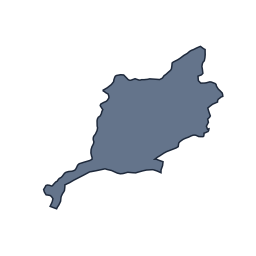 Zakho, Dihok, Iraq (Mercator projection), rotated 340°
{"feature_id": "34846034B3570372403108", "entity_name": "Zakho", "entity_type": "district", "adm_level": 2, "iso_a3": "IRQ", "parent_name": "Iraq", "parent_adm1": "Dihok", "projection": "mercator", "projection_center": [42.817, 37.203], "detail": "fine", "context": "isolated", "style": "filled", "palette": "slate", "viewbox_px": 256, "rotation_deg": 340, "n_neighbors": 0, "source": "geoboundaries", "source_scale": "gbopen_adm2", "svg_char_len": 2897}
<svg xmlns="http://www.w3.org/2000/svg" viewBox="0 0 256 256"><g transform="rotate(340 128 128)"><path d="M227.3,80.6L226.1,79.3L224.0,76.1L222.8,76.1L219.5,76.3L216.4,76.7L214.3,76.7L212.0,77.1L209.2,78.2L205.2,78.9L201.1,80.2L198.1,80.9L193.1,81.5L191.7,82.0L190.5,84.6L189.1,87.2L187.8,88.3L184.9,89.4L182.3,90.5L180.5,91.0L179.9,91.1L177.4,92.9L174.3,93.3L171.9,92.2L165.1,89.2L163.2,89.0L159.7,88.1L157.2,87.2L156.0,87.2L154.8,86.8L151.5,84.1L150.1,84.1L147.0,84.1L145.8,83.7L144.7,82.6L143.5,79.8L142.1,76.7L139.3,75.4L135.0,74.7L133.8,75.0L132.9,75.8L131.3,77.8L130.3,79.6L127.2,81.5L122.3,83.1L119.0,83.7L117.6,83.9L117.4,84.8L118.1,85.5L119.3,87.4L120.9,89.2L120.9,91.4L120.4,93.1L118.1,94.9L116.7,95.5L113.6,95.7L110.6,96.2L109.6,97.3L109.6,97.9L110.1,100.1L110.6,102.1L108.9,103.8L107.9,105.4L107.0,106.2L106.1,107.1L103.7,107.8L102.3,109.1L101.4,110.6L99.7,115.6L99.5,117.4L98.1,119.8L95.3,122.6L92.9,124.1L91.9,125.5L91.3,127.2L91.2,129.4L90.1,131.1L87.7,133.3L85.9,135.7L84.6,138.8L84.2,141.8L84.2,143.3L83.5,145.1L81.1,145.5L75.0,145.1L69.8,144.9L68.0,145.7L65.3,148.4L63.5,149.5L62.8,149.5L60.7,149.5L57.4,148.6L54.6,148.4L52.9,148.8L49.6,151.0L48.2,151.6L46.1,151.9L44.7,152.7L43.2,153.8L41.6,154.0L38.5,155.6L37.3,156.4L36.4,156.4L34.5,154.9L32.7,154.0L31.2,154.0L29.4,155.6L27.7,156.9L27.5,159.3L27.9,161.5L28.2,162.8L30.1,163.8L31.9,164.9L32.7,166.5L33.3,168.6L32.4,170.2L31.3,171.7L28.0,175.0L30.8,177.4L33.3,179.5L34.7,178.1L36.4,176.9L38.2,175.2L39.6,173.8L41.1,170.7L41.8,169.5L43.9,167.4L45.8,166.0L46.9,165.0L48.5,161.8L49.2,159.9L51.8,159.6L54.3,159.4L59.1,158.5L70.1,157.1L77.1,156.1L78.4,156.4L83.9,157.3L88.8,158.0L92.5,158.5L94.0,159.7L98.0,162.3L102.5,166.7L105.1,168.4L107.7,169.1L112.6,169.5L116.6,171.4L119.9,172.8L122.1,172.9L127.1,173.3L130.9,173.8L136.7,175.5L137.8,176.1L140.8,178.5L143.7,181.3L144.7,178.7L147.6,175.2L149.4,171.7L145.9,168.8L143.9,167.0L142.6,166.5L145.7,165.5L148.4,165.0L149.6,164.7L150.9,164.4L152.9,163.9L156.2,163.4L166.4,163.2L168.8,162.7L169.8,160.8L170.6,159.4L172.3,158.5L175.9,157.5L178.4,157.3L181.8,157.3L184.7,157.0L186.7,157.0L188.3,157.5L189.3,158.0L191.6,160.3L195.5,161.8L196.4,161.5L197.3,159.9L197.6,158.9L199.1,158.9L200.9,158.7L201.9,158.7L202.3,158.4L203.0,157.8L203.8,156.4L202.3,156.3L202.3,155.4L202.3,153.1L203.6,151.9L205.5,150.2L205.9,146.9L208.3,145.8L209.5,144.8L209.5,142.2L209.6,138.9L209.8,136.5L212.3,135.6L215.5,134.6L221.0,134.2L221.6,132.8L222.7,131.8L224.5,131.3L226.1,130.7L227.9,130.7L228.3,129.3L228.5,127.4L227.4,124.8L226.1,122.2L225.6,119.9L225.4,118.7L225.6,117.9L225.6,117.0L225.0,115.9L223.5,114.6L222.0,113.3L220.6,112.6L216.9,112.3L215.2,111.9L211.7,110.7L210.3,107.6L211.5,103.2L215.1,103.2L216.2,102.7L217.1,102.2L217.5,100.3L218.0,98.2L218.5,95.4L219.9,93.0L220.9,91.9L222.7,90.9L224.3,88.3L225.6,85.5L226.3,83.4L227.3,80.6Z" fill="#64748b" stroke="#1e293b" stroke-width="1.5"/></g></svg>